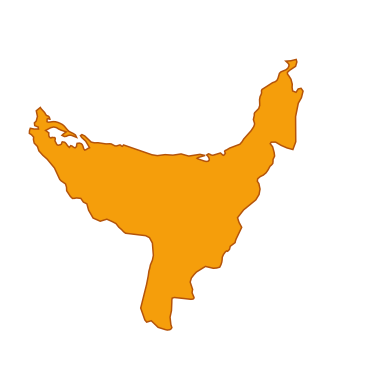 SVG path tracing the border of Bay of Plenty, rotated 343°
{"feature_id": "NZL-3399", "entity_name": "Bay of Plenty", "entity_type": "Regional Council", "adm_level": 1, "iso_a3": "NZL", "parent_name": "New Zealand", "parent_adm1": "", "projection": "albers", "projection_center": [176.715, -38.184], "detail": "fine", "context": "isolated", "style": "filled", "palette": "amber", "viewbox_px": 384, "rotation_deg": 343, "n_neighbors": 0, "source": "natural_earth", "source_scale": "10m", "svg_char_len": 3819}
<svg xmlns="http://www.w3.org/2000/svg" viewBox="0 0 384 384"><g transform="rotate(343 192 192)"><path d="M71.7,66.8L72.0,68.1L74.3,72.9L74.8,75.1L75.2,76.2L76.9,77.6L77.4,78.8L77.4,80.8L76.8,80.6L75.8,79.7L74.8,79.9L73.9,82.3L75.0,83.3L79.9,84.1L82.0,84.9L84.2,86.3L86.2,88.0L87.9,89.7L89.2,91.8L91.1,96.3L92.2,98.2L95.7,101.5L97.2,103.4L97.6,106.0L93.3,102.6L91.8,101.9L89.9,101.7L88.1,102.0L86.2,101.7L84.2,99.8L85.5,99.1L89.3,97.7L85.0,94.7L82.9,92.8L81.2,90.8L78.8,89.4L75.7,89.2L70.0,90.3L70.7,91.3L71.9,93.0L72.4,93.6L72.0,94.5L71.7,95.6L71.5,96.7L71.7,97.8L72.5,98.9L73.3,99.1L73.9,98.9L74.2,98.8L74.9,99.3L76.2,99.6L76.7,99.9L76.9,100.7L76.6,101.6L76.1,102.5L75.9,103.0L76.5,106.5L76.7,107.2L77.3,107.9L78.0,108.2L80.1,108.3L81.1,108.0L81.7,107.2L82.2,106.4L82.6,106.1L84.8,107.2L85.8,109.0L86.5,111.3L87.7,113.5L89.6,112.2L90.8,113.1L91.9,114.7L93.1,115.6L94.8,114.8L95.5,113.2L96.3,111.9L98.6,112.3L100.2,113.4L100.9,114.7L101.1,116.6L101.1,119.2L101.7,120.6L103.2,120.5L105.1,119.9L107.0,119.7L105.2,112.3L102.5,107.7L101.8,105.5L103.5,104.9L105.8,107.0L110.2,114.8L113.2,116.5L116.5,117.4L123.9,120.9L127.4,121.8L128.8,122.4L131.7,125.3L133.2,125.9L136.9,125.9L137.5,126.5L138.0,127.5L138.8,128.0L140.3,127.0L164.6,144.7L169.5,147.1L177.2,148.4L184.5,151.2L192.7,152.4L199.4,156.7L210.6,158.3L215.2,160.9L208.1,160.8L206.7,161.2L207.5,162.2L213.1,166.2L214.6,167.0L216.4,167.3L217.9,166.5L218.2,164.6L217.7,162.5L216.8,160.9L218.9,160.3L220.1,161.1L221.1,162.2L222.6,163.0L230.6,163.0L230.9,163.4L232.2,165.7L232.9,166.2L233.5,166.0L234.0,165.4L234.7,165.2L235.2,164.7L235.1,163.6L235.1,162.5L236.0,162.0L237.3,161.9L240.9,161.0L251.8,160.3L254.7,158.5L256.9,156.5L266.4,150.7L270.1,147.6L271.4,145.9L271.9,144.5L271.9,140.6L274.0,136.9L274.4,135.4L275.1,134.5L280.2,131.7L282.1,129.0L283.6,123.4L285.0,120.7L286.9,118.6L287.6,117.3L288.0,115.5L288.9,114.4L301.0,111.0L303.5,110.9L305.7,110.2L307.4,108.5L310.3,104.1L312.2,103.1L317.6,102.6L319.9,101.6L321.5,99.9L322.0,98.4L321.4,96.7L320.0,94.3L324.8,95.4L330.4,95.7L330.3,98.3L327.8,102.1L320.8,104.2L318.2,105.5L317.8,107.3L318.4,108.7L319.6,113.1L319.4,118.2L318.3,121.3L317.8,124.8L320.6,127.1L323.7,124.5L326.6,124.7L327.7,128.0L324.2,133.8L319.6,138.2L313.1,150.2L305.9,174.3L300.9,180.9L295.7,177.6L290.9,173.5L286.5,168.7L282.3,167.5L280.9,168.7L282.3,172.3L282.1,178.3L281.5,181.8L279.0,184.6L278.4,186.5L277.6,188.3L275.9,189.4L274.1,190.2L271.3,193.0L268.4,195.3L265.1,196.7L261.8,197.2L258.7,198.5L257.6,200.8L258.4,203.6L257.9,209.1L255.4,214.0L250.7,218.2L236.1,224.2L228.0,229.9L228.1,234.9L229.2,240.3L220.4,249.9L219.3,251.4L218.4,253.0L212.7,255.1L211.0,257.9L208.7,259.1L207.8,258.5L206.3,259.1L203.9,260.9L201.9,263.2L201.0,265.6L200.0,267.7L198.5,269.9L196.5,272.0L193.4,271.9L190.1,271.2L183.1,267.1L172.9,269.8L169.9,271.5L166.3,274.0L163.9,277.6L164.1,285.4L163.3,286.8L162.6,288.5L163.1,293.5L162.6,294.3L161.7,294.7L159.6,294.3L152.9,291.4L148.0,289.3L144.2,287.7L142.0,287.7L141.1,289.5L140.4,291.7L137.7,299.4L134.4,305.3L133.0,312.7L133.1,315.8L132.1,316.7L130.6,317.2L128.0,316.8L126.1,315.7L120.0,311.5L115.4,303.2L110.6,303.2L109.5,300.6L109.0,288.0L121.5,267.2L123.9,262.7L125.6,259.5L127.7,255.0L129.2,252.7L130.9,249.6L134.2,245.6L136.5,241.4L139.2,229.2L138.0,223.2L134.9,220.2L116.4,212.0L115.0,210.1L113.8,207.6L111.7,204.2L110.1,200.0L107.3,197.2L105.4,195.5L102.6,193.1L95.7,193.1L89.8,188.0L87.8,179.2L88.0,172.6L85.2,169.9L83.8,165.6L79.8,163.9L77.7,163.7L75.8,163.2L74.4,160.7L72.5,154.2L73.4,150.7L73.4,147.3L70.1,143.1L69.2,141.2L67.5,128.8L63.1,118.2L60.1,113.3L57.6,107.9L57.5,103.3L55.4,99.1L55.7,95.5L56.6,93.1L55.2,90.2L53.6,88.4L54.5,85.9L56.0,83.8L59.6,85.7L63.6,86.9L63.9,84.9L61.0,82.5L61.5,79.8L63.7,78.7L66.3,74.6L66.8,68.8L71.7,66.8Z" fill="#f59e0b" stroke="#b45309" stroke-width="1.5"/></g></svg>